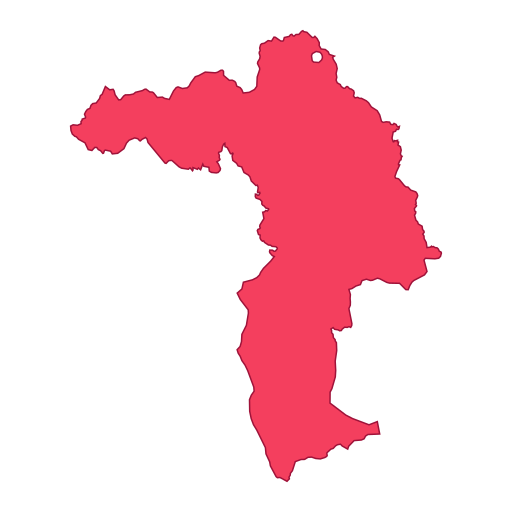 the district of Bambesa, Orientale, Democratic Republic of the Congo
{"feature_id": "63176286B69142293994365", "entity_name": "Bambesa", "entity_type": "district", "adm_level": 2, "iso_a3": "COD", "parent_name": "Democratic Republic of the Congo", "parent_adm1": "Orientale", "projection": "robinson", "projection_center": [25.884, 2.972], "detail": "fine", "context": "isolated", "style": "filled", "palette": "rose", "viewbox_px": 512, "rotation_deg": 0, "n_neighbors": 0, "source": "geoboundaries", "source_scale": "gbopen_adm2", "svg_char_len": 5973}
<svg xmlns="http://www.w3.org/2000/svg" viewBox="0 0 512 512"><path d="M105.4,86.5L102.1,94.4L100.4,95.6L99.6,98.5L96.2,103.0L92.7,103.6L91.0,105.3L89.9,108.4L87.4,109.4L85.8,111.5L84.5,114.2L85.6,117.1L85.4,118.0L82.2,119.1L82.0,120.4L81.0,121.5L81.1,123.7L77.5,125.3L73.1,124.8L70.6,126.1L71.0,130.5L72.3,134.0L74.8,136.3L76.4,136.8L78.6,139.3L85.0,142.8L88.2,149.6L91.9,150.5L94.8,147.4L96.8,147.5L98.3,149.6L100.6,150.7L102.8,153.4L103.5,153.2L104.5,150.5L105.4,150.1L110.6,151.2L112.3,153.9L117.7,153.3L123.9,148.7L126.5,143.1L129.1,140.2L134.7,137.9L137.8,138.7L139.6,140.7L140.4,140.9L141.9,139.4L145.5,137.5L147.1,139.1L148.0,142.5L165.0,163.1L166.1,163.4L168.7,160.7L171.2,160.4L172.1,160.6L179.0,166.8L181.6,168.2L188.4,169.2L189.7,168.0L190.4,168.1L192.5,170.8L193.0,170.1L193.0,167.6L197.4,169.3L198.4,168.0L200.6,169.8L202.8,164.1L203.8,166.3L208.9,167.3L209.3,171.1L211.4,172.4L216.2,172.9L218.1,172.5L220.0,170.5L220.5,168.7L218.3,163.7L216.8,161.8L219.5,160.2L220.0,159.3L219.2,157.5L219.4,155.4L218.5,153.1L218.7,152.3L220.9,151.6L221.8,150.6L222.4,146.8L223.7,144.1L224.8,143.3L225.0,146.6L227.2,147.5L230.5,153.7L231.3,153.9L232.7,153.1L233.0,153.7L232.1,156.0L232.8,160.4L236.6,163.3L238.1,165.9L241.7,166.9L244.0,172.5L248.3,175.0L249.9,176.8L251.3,181.0L255.9,185.5L257.4,185.2L258.2,187.5L257.5,192.0L257.9,192.7L259.7,192.3L260.0,193.2L258.7,195.2L257.7,195.4L256.6,194.3L255.4,194.1L255.3,196.7L256.1,198.1L260.1,199.5L261.9,201.5L261.8,204.0L262.8,205.3L264.1,206.0L265.9,208.1L268.5,208.7L268.7,209.3L267.4,211.0L265.7,210.5L264.6,211.8L262.7,212.2L263.9,218.6L259.9,225.1L259.7,226.8L260.3,227.9L259.7,228.7L257.9,229.4L257.3,230.6L258.5,234.5L260.2,235.1L260.0,237.9L260.9,239.8L262.4,241.2L263.7,240.9L264.5,242.4L268.4,245.0L270.6,245.2L272.1,246.4L275.9,246.7L277.3,248.0L277.3,248.8L275.4,251.1L274.0,251.3L272.6,250.2L269.8,250.1L269.5,251.8L270.0,253.0L272.4,255.7L274.3,256.5L270.8,261.0L263.5,268.3L260.7,272.3L259.5,275.0L256.8,277.6L252.5,279.8L243.4,282.2L241.9,289.0L237.2,293.1L240.3,299.5L248.2,309.8L248.4,313.1L246.4,325.3L241.9,334.3L241.5,341.6L240.1,346.5L237.1,349.7L238.2,353.2L240.2,356.3L241.9,360.6L245.1,365.2L247.7,370.6L253.8,387.1L254.1,391.2L251.3,395.2L249.5,399.7L249.7,411.3L251.2,418.6L253.5,424.7L256.8,430.1L265.4,447.6L266.0,453.9L269.7,461.9L270.4,465.9L276.1,476.6L277.4,477.7L280.0,477.5L287.0,481.3L289.4,478.8L289.0,477.2L290.2,475.2L290.4,473.3L292.4,470.7L295.3,461.6L301.0,459.5L304.6,459.4L308.0,457.3L311.6,457.1L315.8,458.5L320.4,458.9L324.9,457.5L326.7,456.4L327.2,455.3L326.8,453.7L327.1,452.6L330.8,449.2L333.2,448.4L335.6,445.8L337.5,444.7L340.5,444.2L342.2,446.0L347.7,449.1L348.7,446.2L354.1,440.6L361.4,440.0L364.1,438.8L365.6,436.0L367.9,434.5L379.7,434.0L377.3,421.6L369.0,424.8L352.6,418.6L345.8,415.1L330.0,403.1L330.1,392.1L331.9,388.7L335.3,376.9L335.7,370.5L335.2,361.1L336.7,350.6L336.4,342.6L335.2,340.9L335.1,339.6L333.4,337.7L333.0,334.3L331.6,332.7L331.6,330.4L330.9,329.0L333.1,327.6L334.6,329.3L338.2,329.9L339.7,330.8L341.4,330.5L342.1,329.2L344.6,327.2L347.3,327.4L349.0,326.6L350.7,327.4L351.7,325.6L351.9,323.7L348.9,308.6L350.3,305.2L350.4,301.9L350.1,298.5L350.4,294.6L348.9,289.4L351.9,288.6L356.0,286.0L360.4,284.6L362.0,280.6L366.4,279.2L370.5,280.5L372.6,280.2L377.4,278.2L379.8,278.8L386.8,282.4L389.5,283.1L399.6,283.3L405.8,289.6L408.2,289.7L409.8,285.6L411.9,282.2L413.8,280.5L424.5,274.9L427.0,271.5L424.0,260.1L425.3,258.3L434.9,258.8L438.7,258.2L440.5,256.4L441.4,253.2L441.1,252.1L439.3,251.2L438.3,249.0L437.0,247.8L435.1,247.6L433.3,246.5L432.0,246.9L431.5,246.2L430.3,247.2L427.0,247.6L426.2,242.4L424.1,238.6L424.0,236.0L422.8,234.1L424.1,232.4L424.0,231.2L422.6,229.5L422.1,226.2L418.3,224.0L417.6,221.9L415.9,220.1L414.5,215.1L415.6,213.4L415.8,211.8L414.7,210.9L414.4,208.5L416.4,206.1L416.5,205.4L415.5,204.5L416.2,203.3L415.7,200.4L417.4,196.8L417.7,195.5L417.0,193.5L415.8,191.9L410.7,190.1L408.0,187.1L406.0,186.9L404.5,185.8L399.5,179.7L398.3,178.7L395.5,178.1L394.9,176.5L396.6,171.5L399.7,164.9L398.5,164.7L398.5,163.7L400.0,160.3L401.0,159.8L401.3,157.6L402.1,156.3L401.3,156.0L400.4,153.9L401.2,150.1L400.4,146.7L398.0,145.0L398.6,142.1L397.5,141.8L397.6,140.3L395.5,140.9L394.5,140.6L393.8,141.8L393.2,141.7L392.0,138.2L393.2,132.0L395.5,131.3L396.5,129.3L398.1,129.5L398.9,128.8L399.4,126.4L398.0,127.0L396.8,125.9L396.2,124.5L394.0,123.4L393.1,124.6L390.8,124.4L389.6,122.1L386.2,121.8L383.1,122.4L381.5,121.4L379.7,114.9L377.2,110.7L371.3,106.9L368.5,102.7L366.3,100.8L361.4,98.3L359.6,98.4L357.7,97.3L355.1,97.9L353.5,96.1L354.2,92.8L353.6,90.8L351.3,89.1L349.6,88.7L347.6,86.6L346.5,86.6L345.0,88.2L343.7,88.3L341.2,86.5L340.3,84.6L337.2,82.8L336.1,80.1L336.8,77.3L336.1,73.5L337.2,68.6L336.2,64.2L333.3,59.4L332.6,57.3L334.4,56.1L329.3,54.4L328.2,51.8L325.3,49.5L321.1,49.0L319.2,45.6L319.3,42.7L317.1,38.6L314.9,36.3L313.9,37.4L312.2,37.5L306.9,32.3L303.6,31.6L302.9,30.7L301.5,31.4L298.9,34.4L296.0,34.5L294.1,36.1L293.0,35.8L291.8,34.3L290.5,34.7L289.2,36.4L284.3,37.5L283.5,40.4L282.8,41.1L280.7,41.0L275.4,37.3L274.0,37.1L271.5,41.1L268.1,40.6L264.4,43.2L261.8,43.7L260.6,44.7L259.7,48.0L260.2,50.7L259.3,52.0L259.2,53.2L260.1,56.3L259.7,58.7L257.8,61.9L257.5,63.5L259.6,67.9L259.7,69.5L257.2,77.0L256.8,86.3L254.5,89.5L249.3,92.3L243.2,93.0L241.7,89.5L240.1,87.6L236.8,86.2L235.7,82.6L234.7,81.4L232.3,80.2L229.3,80.3L223.6,75.4L223.5,71.3L222.5,70.2L221.0,70.2L217.4,72.3L215.1,72.8L205.2,72.1L198.7,75.6L195.3,76.7L190.7,83.0L189.3,85.8L187.3,87.8L182.4,88.5L178.0,86.9L176.2,87.6L173.5,91.0L169.3,99.4L164.6,98.4L162.4,97.1L157.3,97.5L153.5,92.8L152.4,92.1L149.7,91.9L146.0,89.1L144.6,89.3L142.4,90.6L135.5,92.3L133.5,94.0L129.7,94.8L125.3,94.9L123.7,96.0L120.7,99.7L118.7,99.9L115.1,94.8L114.1,90.9L113.1,89.3L109.7,89.8L105.4,86.5ZM313.6,62.1L312.2,60.7L311.5,55.8L312.3,53.6L316.1,51.5L319.9,52.2L321.4,53.8L322.3,55.8L322.4,58.0L321.6,60.0L318.9,62.5L313.6,62.1Z" fill="#f43f5e" stroke="#9f1239" stroke-width="1.5"/></svg>